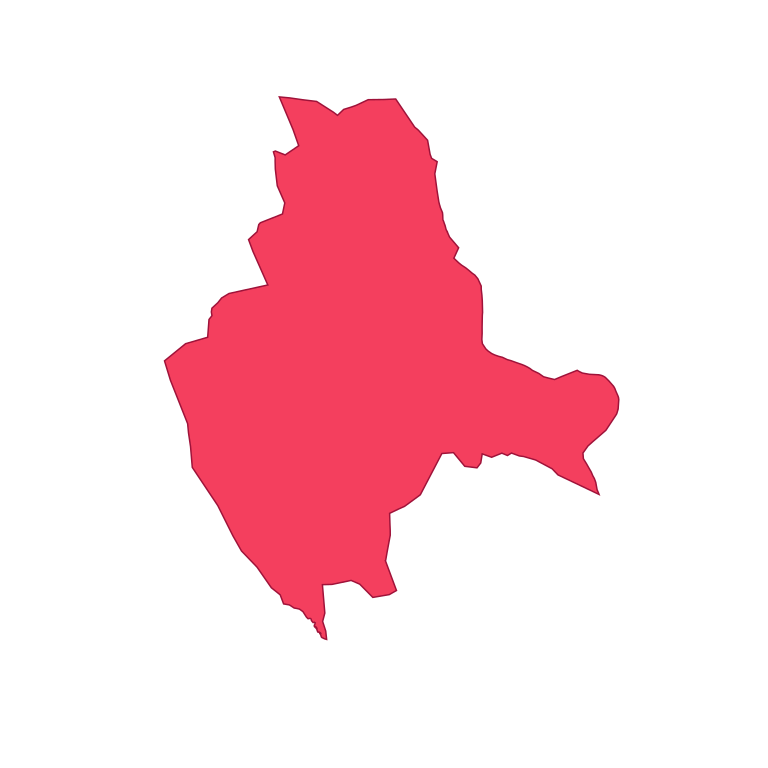 Gujba, Yobe, Nigeria (Robinson projection), rotated 302°
{"feature_id": "59680162B90037113183568", "entity_name": "Gujba", "entity_type": "district", "adm_level": 2, "iso_a3": "NGA", "parent_name": "Nigeria", "parent_adm1": "Yobe", "projection": "robinson", "projection_center": [12.101, 11.346], "detail": "fine", "context": "isolated", "style": "filled", "palette": "rose", "viewbox_px": 768, "rotation_deg": 302, "n_neighbors": 0, "source": "geoboundaries", "source_scale": "gbopen_adm2", "svg_char_len": 4359}
<svg xmlns="http://www.w3.org/2000/svg" viewBox="0 0 768 768"><g transform="rotate(302 384 384)"><path d="M539.1,375.1L543.3,361.8L545.1,359.1L546.4,357.3L546.4,357.2L546.5,357.2L546.6,356.9L546.8,356.8L546.8,356.7L547.0,356.4L547.9,354.8L550.5,352.1L550.6,351.9L550.8,351.7L551.0,351.6L551.1,351.4L551.2,351.2L553.8,348.0L554.0,347.6L554.5,346.9L558.5,344.2L560.3,342.8L563.5,338.3L564.9,336.8L565.0,336.6L567.5,334.0L569.0,332.7L575.8,326.8L583.5,320.4L589.2,315.7L600.7,311.3L600.6,304.9L600.7,304.7L603.2,301.4L613.8,291.8L617.5,278.5L618.1,273.9L631.9,242.9L625.3,233.3L616.7,219.9L605.4,212.6L601.4,209.4L595.5,204.3L587.2,202.2L587.7,197.0L587.9,177.1L582.0,164.5L576.7,152.5L572.0,143.1L551.6,172.0L540.9,185.4L525.9,178.8L524.0,168.4L522.3,167.2L518.2,171.8L515.4,173.5L508.6,178.0L495.5,188.5L485.0,203.9L474.4,207.8L455.2,193.7L452.9,193.3L445.9,195.7L434.7,192.6L427.0,202.6L406.4,233.0L389.1,215.3L378.6,204.6L370.9,200.7L364.8,200.0L357.1,197.9L353.6,199.4L350.8,201.9L346.0,201.4L330.2,209.7L313.1,194.4L287.3,185.6L274.0,200.9L246.3,238.5L239.1,244.0L228.4,253.1L211.7,265.6L192.8,307.5L175.2,336.3L166.9,351.6L161.4,373.4L151.5,396.5L150.2,407.7L144.3,415.4L146.5,420.8L146.5,423.1L146.4,426.5L147.5,429.2L148.3,431.6L148.0,435.9L145.2,441.8L144.7,444.0L146.0,445.4L146.2,446.2L145.8,447.0L144.9,447.8L144.1,450.3L145.1,451.3L145.0,452.3L144.3,452.4L143.6,452.7L142.5,452.7L141.7,453.2L141.4,453.6L141.3,454.0L141.9,454.0L142.0,454.2L141.8,454.5L141.9,454.8L141.9,455.0L141.4,455.2L141.1,455.5L141.3,455.6L141.6,455.5L141.7,455.8L141.6,456.0L141.4,456.1L141.2,456.5L140.9,456.6L140.7,456.6L140.7,457.0L140.1,457.2L139.9,457.4L139.8,457.8L139.6,458.0L139.1,458.5L138.7,459.1L138.6,459.3L138.6,459.6L138.7,459.8L138.8,459.8L139.0,460.0L139.2,460.5L139.3,461.6L139.2,462.1L139.1,462.4L139.0,462.6L138.8,462.6L138.9,462.4L138.8,461.8L138.6,461.7L138.4,461.7L138.2,462.3L137.7,463.3L136.3,464.9L136.1,465.7L136.4,468.6L137.0,470.7L143.6,465.5L150.1,457.8L158.4,455.2L181.2,438.1L186.5,446.1L200.0,460.2L201.4,469.5L197.1,487.6L208.2,500.1L215.5,504.0L235.0,478.7L235.5,478.8L241.4,476.4L242.6,475.9L259.1,469.4L262.9,467.0L268.6,463.1L277.3,457.3L285.2,462.3L291.2,466.3L309.3,473.5L355.7,469.9L362.2,478.7L362.6,479.4L357.0,496.1L362.2,507.3L368.3,507.9L376.8,504.3L378.9,514.1L387.8,520.6L388.8,526.6L393.0,528.7L394.7,536.9L396.5,540.8L399.9,552.8L401.2,571.5L399.1,579.7L404.3,624.9L405.0,624.0L405.3,623.6L407.3,620.7L412.8,615.7L415.3,612.5L416.9,609.6L419.1,606.5L422.2,600.7L424.0,597.4L424.2,596.9L426.1,593.1L426.4,592.6L427.1,592.1L430.9,589.3L439.5,589.8L445.4,591.5L462.3,596.7L481.6,597.2L481.9,597.1L482.1,597.1L482.3,597.1L482.5,597.0L482.9,596.9L483.0,596.9L485.8,596.1L486.0,596.1L486.3,596.0L486.3,595.9L486.5,595.9L486.8,595.8L486.9,595.7L487.0,595.7L487.3,595.6L487.5,595.5L487.6,595.4L487.8,595.3L494.2,591.9L494.4,591.8L494.5,591.7L494.8,591.6L495.0,591.5L495.0,591.4L495.3,591.2L495.6,591.0L495.7,590.9L495.8,590.9L496.0,590.7L496.3,590.4L496.5,590.3L496.5,590.2L496.9,589.9L497.0,589.8L497.1,589.6L497.3,589.4L497.6,589.1L497.7,588.9L497.8,588.8L498.0,588.5L498.1,588.4L500.8,584.4L502.2,582.6L502.3,582.5L502.3,582.4L502.4,582.2L502.5,582.1L502.6,581.9L502.8,581.7L503.0,581.3L503.0,581.2L503.2,580.9L503.3,580.8L503.3,580.7L503.4,580.4L503.5,580.3L503.5,580.2L503.7,579.9L503.8,579.7L503.9,579.4L503.9,579.2L504.0,579.0L504.0,578.9L504.1,578.7L504.2,578.3L505.5,574.0L505.6,573.8L505.6,573.6L505.7,573.4L506.8,568.6L506.9,568.4L506.9,568.2L506.9,567.9L506.9,567.3L506.9,567.1L506.9,566.9L506.9,566.6L506.9,566.4L506.9,566.2L506.8,565.4L506.8,565.2L506.7,565.0L506.7,564.8L506.6,564.2L506.5,563.9L506.4,563.6L506.4,563.4L506.3,563.2L506.2,562.8L506.2,562.7L506.0,562.4L506.0,562.2L505.9,562.1L505.8,561.9L505.8,561.7L505.7,561.6L505.6,561.4L505.6,561.2L501.1,553.1L498.4,546.4L498.0,542.6L498.0,540.6L484.5,530.7L478.2,526.3L476.2,520.4L474.7,515.5L475.0,509.7L474.2,502.7L474.5,499.4L474.4,496.5L474.1,493.5L473.6,490.6L472.3,485.0L471.1,479.4L470.0,475.6L469.4,470.3L468.2,466.5L467.3,462.5L466.9,459.2L467.1,455.0L467.7,451.8L470.3,446.1L473.6,443.4L479.1,440.3L484.3,437.0L494.5,430.9L496.9,429.7L506.6,423.3L511.3,419.9L515.7,416.4L518.6,414.5L523.0,407.8L524.5,403.3L524.7,400.0L525.3,396.0L525.8,391.9L525.9,386.9L526.4,382.9L527.7,376.6L539.1,375.1Z" fill="#f43f5e" stroke="#9f1239" stroke-width="1.5"/></g></svg>